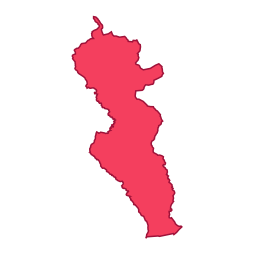 outline of Cugir, Alba, Romania, rotated 184°
{"feature_id": "2599482B86964812869554", "entity_name": "Cugir", "entity_type": "district", "adm_level": 2, "iso_a3": "ROU", "parent_name": "Romania", "parent_adm1": "Alba", "projection": "natural_earth1", "projection_center": [23.412, 45.734], "detail": "fine", "context": "isolated", "style": "filled", "palette": "rose", "viewbox_px": 256, "rotation_deg": 184, "n_neighbors": 0, "source": "geoboundaries", "source_scale": "gbopen_adm2", "svg_char_len": 5855}
<svg xmlns="http://www.w3.org/2000/svg" viewBox="0 0 256 256"><g transform="rotate(184 128 128)"><path d="M125.7,216.3L125.9,215.7L128.9,215.8L129.5,214.3L133.8,214.4L134.1,215.6L135.1,216.3L136.3,217.9L137.7,219.1L142.7,218.0L146.3,218.9L148.3,218.7L149.9,219.9L151.3,222.8L154.1,220.6L159.0,219.1L159.4,219.6L160.8,222.4L161.4,224.2L161.3,225.0L160.5,225.7L160.3,226.2L160.5,228.0L160.8,228.9L162.6,230.5L164.3,233.0L165.2,233.8L165.6,234.6L166.3,235.2L167.8,236.4L170.1,236.7L170.0,234.9L168.7,233.5L168.2,232.2L167.5,231.6L165.3,230.4L165.1,229.3L163.9,228.6L163.6,227.6L164.1,226.4L166.1,224.2L168.6,223.0L170.5,221.5L170.3,220.7L170.9,219.9L170.6,218.9L170.6,218.0L170.0,216.3L168.7,214.9L171.0,214.6L172.0,214.1L172.7,213.3L174.1,212.6L176.2,209.8L180.0,209.0L180.9,208.0L181.7,206.0L183.1,204.2L185.0,203.8L185.4,203.3L186.2,202.9L186.9,202.1L186.9,201.5L185.9,200.3L185.6,198.2L187.4,197.4L188.4,196.7L188.6,195.8L187.7,194.4L188.1,193.3L185.3,190.2L185.3,189.1L184.9,188.1L185.0,187.0L184.5,185.4L185.1,183.7L184.3,182.4L183.3,182.0L182.2,181.0L182.0,180.0L181.1,179.0L176.1,176.2L174.9,175.3L174.4,174.9L173.9,173.7L172.6,172.3L172.1,171.2L171.7,168.9L172.4,168.2L173.0,166.9L172.4,166.2L172.0,166.0L171.6,164.9L170.7,165.6L170.1,165.8L169.5,165.2L168.4,165.0L165.9,165.6L164.9,165.6L164.3,164.9L163.5,164.7L162.3,163.9L162.4,163.5L161.9,163.0L162.1,161.7L162.6,161.1L163.7,161.2L163.9,160.9L163.6,159.9L163.4,159.8L162.4,160.1L161.3,159.5L160.8,159.6L160.9,158.9L161.3,158.6L161.7,157.7L161.5,157.1L161.8,156.8L161.9,156.3L161.2,155.3L161.5,154.2L161.4,153.6L160.4,152.5L159.3,152.7L158.9,152.2L158.9,151.5L158.1,150.7L157.6,150.6L156.8,151.0L156.5,150.9L156.0,149.9L156.3,148.9L155.9,148.3L155.1,147.7L155.2,147.0L154.8,146.6L153.0,146.6L152.5,145.8L149.9,145.5L148.5,144.9L148.3,144.6L148.4,143.9L147.5,143.1L147.5,142.7L148.5,141.6L148.9,140.6L148.4,139.3L147.2,139.3L146.7,138.2L146.2,137.8L144.6,137.7L144.6,137.1L144.4,136.9L144.0,136.9L143.6,136.5L143.5,135.7L143.3,135.6L142.7,136.1L142.0,136.1L141.7,135.2L141.2,135.0L142.0,134.3L141.7,133.8L141.8,133.6L142.5,133.5L142.6,133.3L141.8,132.9L141.5,132.4L141.7,132.0L142.4,131.7L142.7,131.3L142.5,130.4L144.4,129.9L144.2,129.1L142.7,128.4L142.7,128.2L142.9,128.0L143.4,128.0L144.7,128.4L145.3,127.3L145.0,126.7L146.0,126.5L145.8,124.8L145.2,124.4L146.0,124.2L146.5,123.6L147.7,122.9L147.3,122.0L147.4,121.5L147.9,121.2L148.6,121.4L150.0,121.0L151.0,121.4L155.0,121.9L156.0,121.0L157.1,120.8L157.4,121.2L158.9,121.9L159.5,120.4L159.4,119.8L160.0,117.2L159.8,115.9L159.9,114.6L160.7,113.1L160.6,112.3L160.9,111.1L161.2,110.6L163.3,109.1L163.8,108.0L164.0,106.9L164.0,105.9L164.5,105.2L164.7,104.5L164.4,102.3L164.0,101.6L164.4,101.2L163.9,101.1L163.8,100.2L163.2,99.8L162.8,99.0L161.0,98.2L160.5,97.6L159.9,97.6L159.0,96.7L158.9,96.0L158.4,95.8L158.1,95.4L157.3,94.9L157.1,94.3L156.6,94.1L156.1,94.5L155.5,94.2L154.1,92.5L153.7,91.3L152.9,90.2L152.6,89.3L152.6,88.2L151.0,86.4L150.6,86.1L149.1,86.3L146.7,84.8L146.3,84.3L146.5,83.6L146.0,83.0L145.1,82.8L143.9,82.0L142.6,80.6L141.1,80.5L140.8,80.3L141.0,80.0L140.9,79.6L139.3,79.2L138.4,78.1L137.1,78.0L136.8,77.7L136.9,77.0L136.2,75.8L135.5,75.6L134.6,74.9L132.0,74.0L130.0,74.5L129.8,74.3L129.5,73.6L129.1,73.5L128.8,72.6L129.0,71.6L130.3,69.8L129.4,68.7L129.6,68.2L129.0,67.7L128.3,67.4L127.6,67.6L125.7,66.9L125.5,66.6L125.5,65.7L123.6,64.9L123.3,65.1L123.1,64.7L124.4,63.3L124.9,62.3L125.1,61.4L124.7,60.8L121.4,60.0L121.7,59.9L121.5,59.0L120.4,57.6L120.3,56.6L119.9,56.6L119.7,56.1L118.6,55.3L116.9,53.2L117.0,52.2L116.5,51.8L115.6,52.0L112.3,48.7L111.5,47.0L111.6,46.1L111.4,45.0L110.2,44.2L109.4,43.2L109.0,42.3L108.3,41.6L106.2,41.0L104.1,36.8L103.1,36.4L102.3,35.1L101.1,32.0L101.2,30.4L100.9,28.0L100.4,27.0L100.7,25.4L101.9,23.0L102.0,21.3L102.5,19.3L101.5,20.8L90.4,22.4L89.1,22.1L75.4,25.9L74.8,24.9L72.3,27.2L70.1,30.2L67.4,33.1L68.2,33.8L69.8,33.5L70.8,33.6L72.5,34.5L73.5,35.4L73.9,35.5L74.8,37.4L78.8,42.0L78.5,41.0L80.6,41.4L80.9,43.1L80.4,44.4L81.2,47.3L81.1,47.7L80.6,47.6L80.0,48.1L79.4,47.9L79.3,48.2L79.6,48.3L79.5,48.5L78.5,49.2L78.9,50.2L80.0,50.2L79.8,50.8L80.0,51.6L79.9,53.3L78.9,55.8L78.2,56.5L78.0,57.3L77.4,58.0L77.9,58.5L78.1,59.1L77.7,61.1L78.1,62.8L78.4,63.4L76.9,66.1L77.0,67.2L77.8,68.6L79.1,69.2L79.5,69.9L78.8,70.9L79.4,71.4L80.1,71.6L79.8,72.5L80.0,72.5L80.1,74.3L82.0,76.0L82.9,76.4L82.8,76.5L83.2,76.8L83.1,77.8L82.7,78.5L83.4,79.7L84.3,79.9L84.3,80.4L84.8,80.7L84.7,81.3L85.0,81.8L84.3,82.9L86.3,84.2L85.8,84.8L86.1,85.4L85.6,86.7L86.1,88.9L87.7,89.8L88.0,90.7L88.6,91.2L89.3,91.4L89.6,92.0L90.3,92.5L90.6,92.9L90.1,94.0L89.0,93.8L88.5,94.1L88.1,95.7L89.2,96.9L89.2,97.4L90.0,98.9L90.5,99.0L90.7,99.5L90.9,100.0L90.7,101.8L92.4,102.7L94.5,103.2L96.5,102.9L97.0,103.5L98.1,104.1L100.1,104.9L101.2,105.8L101.4,107.9L101.1,109.2L101.2,109.7L102.4,110.8L102.8,112.0L103.6,112.7L103.6,113.6L103.9,114.4L103.3,116.5L101.7,117.7L101.4,118.1L101.3,118.6L100.8,119.0L101.0,120.1L100.7,120.7L100.6,121.8L99.8,123.0L99.3,124.3L98.5,125.3L98.4,126.5L98.0,127.3L98.2,128.4L98.1,129.0L98.1,130.3L97.4,131.6L97.5,132.5L96.0,133.4L95.2,134.4L95.1,136.3L93.9,137.3L95.3,139.0L96.2,141.5L96.7,142.0L96.6,143.5L99.9,147.0L101.3,147.6L102.4,148.9L103.5,149.7L104.2,151.0L107.3,150.9L110.2,151.3L110.6,152.1L114.7,155.6L119.1,157.5L121.1,157.4L122.7,159.3L123.1,160.5L122.8,165.6L116.5,166.6L115.4,167.5L114.9,168.4L114.9,169.4L114.1,171.3L113.4,172.3L110.3,172.2L107.8,173.1L106.3,173.4L105.7,174.3L105.4,175.8L105.5,177.4L101.7,179.5L97.9,181.9L97.6,183.3L96.5,185.0L97.5,186.3L97.9,189.1L98.5,190.9L98.4,191.6L101.7,194.2L105.0,192.5L109.9,189.0L116.8,187.1L119.7,188.6L120.8,190.7L121.7,191.5L124.4,192.1L125.0,193.5L122.7,196.5L122.1,199.0L123.0,200.8L122.9,202.2L123.8,202.8L121.5,205.9L121.2,209.8L121.6,212.0L123.2,212.8L125.3,216.4L125.7,216.3Z" fill="#f43f5e" stroke="#9f1239" stroke-width="1.5"/></g></svg>